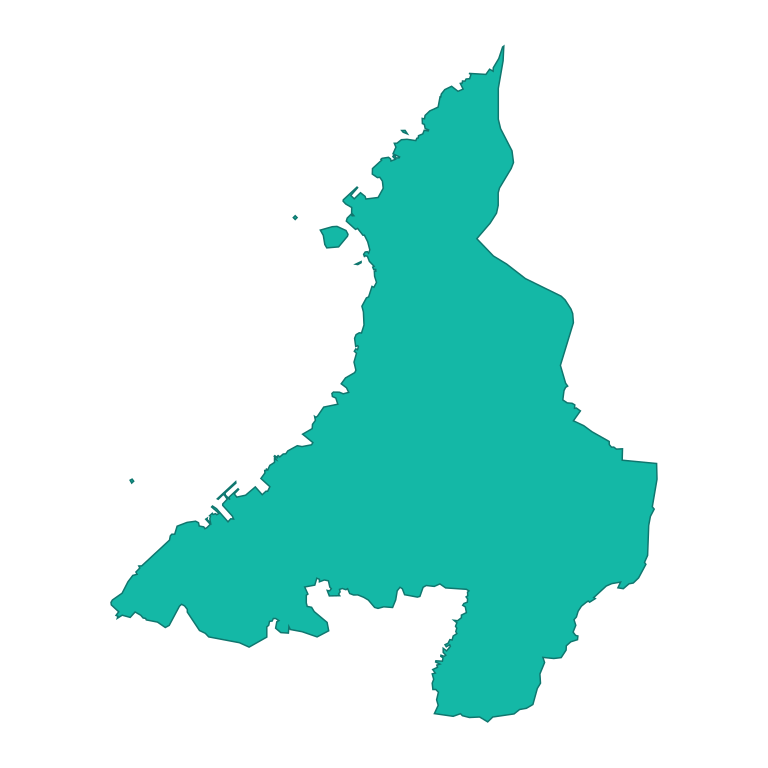 outline of Kota Cilegon, Banten, Indonesia
{"feature_id": "22746128B25933583546422", "entity_name": "Kota Cilegon", "entity_type": "district", "adm_level": 2, "iso_a3": "IDN", "parent_name": "Indonesia", "parent_adm1": "Banten", "projection": "orthographic", "projection_center": [106.002, -5.978], "detail": "fine", "context": "isolated", "style": "filled", "palette": "teal", "viewbox_px": 768, "rotation_deg": 0, "n_neighbors": 0, "source": "geoboundaries", "source_scale": "gbopen_adm2", "svg_char_len": 6113}
<svg xmlns="http://www.w3.org/2000/svg" viewBox="0 0 768 768"><path d="M111.3,604.9L118.7,611.8L116.0,615.4L117.9,616.3L117.3,618.3L122.2,615.2L130.2,617.4L135.1,612.0L140.7,615.2L143.1,618.0L145.6,618.4L146.3,619.9L157.5,622.1L165.3,627.5L169.2,625.4L179.5,606.1L181.6,604.3L184.6,605.9L187.3,609.4L187.3,612.1L199.5,630.5L205.3,633.3L208.7,636.9L239.4,642.7L249.1,647.1L266.8,637.1L266.8,626.9L268.7,625.3L269.5,621.4L272.2,621.0L273.3,618.5L275.7,618.5L278.9,620.6L276.8,621.8L275.6,628.2L280.8,632.6L288.4,633.1L288.9,626.6L290.3,629.5L302.1,631.7L317.1,636.9L328.7,630.8L327.1,622.4L314.2,611.6L311.6,607.3L307.2,606.4L306.3,603.0L306.3,595.2L307.9,594.1L304.7,587.0L314.8,585.1L316.8,578.2L319.4,579.3L319.4,581.8L324.3,580.0L328.4,580.8L329.8,587.1L331.3,588.7L329.6,590.9L327.2,590.4L329.3,595.9L339.7,595.7L338.6,594.0L340.1,591.9L339.5,589.4L342.3,588.5L345.9,589.7L347.6,588.7L349.7,593.5L353.6,595.0L357.8,594.9L363.7,597.3L368.3,600.0L374.6,607.4L378.0,608.4L383.8,606.8L392.6,607.5L395.7,599.9L397.2,590.8L400.0,587.3L402.3,588.7L404.6,594.7L417.4,597.1L419.9,596.4L423.1,587.3L426.2,585.5L434.3,586.4L439.9,583.9L445.6,587.9L466.4,589.3L468.9,590.9L467.5,592.2L467.8,595.7L466.1,596.9L467.6,598.9L467.3,602.2L463.9,603.5L462.7,605.3L465.3,606.9L466.4,612.6L461.4,615.1L461.4,617.7L457.6,620.7L453.9,620.3L456.9,622.8L455.5,626.3L456.8,628.1L455.8,631.6L456.9,633.6L453.2,636.0L452.1,640.0L449.9,639.6L448.1,643.2L445.0,644.7L446.3,646.8L449.7,644.8L450.4,646.3L446.6,650.9L443.2,648.3L443.2,652.4L445.8,655.2L444.2,656.3L441.0,655.2L440.8,656.4L443.0,657.8L442.4,661.2L435.9,660.8L435.6,662.0L439.9,664.1L436.8,665.1L437.5,667.3L432.7,669.5L435.3,673.1L432.2,673.9L433.7,679.3L432.2,683.2L432.9,689.5L435.8,689.5L438.4,692.2L436.6,699.8L438.2,705.3L434.4,713.6L453.2,716.3L460.5,713.7L462.4,715.7L469.4,717.5L479.6,717.0L487.7,721.9L492.8,717.0L514.1,713.9L519.6,709.5L526.4,708.3L532.9,704.5L537.3,688.5L540.5,683.2L539.9,674.0L544.6,662.5L542.9,657.4L553.8,658.5L561.2,657.6L566.1,650.1L566.3,645.8L570.8,641.8L577.5,639.7L577.9,636.0L575.6,635.4L573.1,632.1L575.8,625.3L574.0,619.7L576.4,617.0L578.1,611.3L581.4,606.2L586.6,602.0L588.3,601.1L589.6,602.2L595.3,598.6L593.7,597.6L606.3,586.0L611.8,583.6L620.6,582.1L617.9,587.8L623.3,588.7L629.0,583.8L633.3,583.0L638.6,577.9L645.9,564.3L644.5,562.4L647.6,555.4L648.7,525.5L650.4,516.4L654.2,509.1L652.3,506.8L657.0,479.2L656.6,463.5L622.2,460.2L622.5,448.8L616.4,449.1L613.8,447.1L611.5,447.2L609.3,444.6L609.2,441.5L591.9,431.7L583.8,425.7L573.4,420.8L580.4,410.9L576.3,408.0L574.5,408.3L574.8,404.9L572.1,403.3L567.2,402.9L562.8,399.9L564.0,390.6L565.6,387.4L567.7,386.1L565.6,383.2L560.4,365.4L573.4,322.7L572.7,313.6L571.0,309.1L565.1,299.9L561.2,296.2L525.4,278.6L506.7,264.1L493.4,256.0L476.8,238.7L490.1,223.2L496.5,213.2L498.2,205.4L498.2,192.8L499.5,188.0L511.2,168.5L513.5,162.5L512.0,150.8L500.6,128.7L498.3,119.2L498.3,88.4L503.1,60.8L503.8,46.1L502.6,47.0L498.8,58.5L493.3,67.7L493.1,71.2L489.6,69.2L485.9,74.4L469.0,73.4L471.0,74.4L469.6,78.7L466.1,79.0L464.9,81.2L462.5,81.0L462.3,83.0L460.3,83.4L463.1,89.1L458.0,91.3L451.6,86.3L444.8,89.6L441.3,94.0L440.6,97.7L440.2,96.1L438.1,107.1L429.8,110.9L425.1,115.4L424.5,118.8L422.2,118.4L422.4,123.6L424.3,124.4L425.2,128.5L428.6,129.9L428.2,130.9L424.2,130.3L422.8,133.9L418.5,135.7L418.3,137.9L416.8,138.3L415.8,140.6L407.0,139.3L401.4,139.7L397.0,143.2L394.3,143.3L395.9,147.2L393.0,153.8L399.6,156.9L399.2,157.8L396.0,158.0L395.0,156.0L393.4,155.7L392.8,156.6L395.4,159.3L391.0,161.0L390.6,159.0L388.5,157.3L382.1,158.3L380.9,159.3L381.6,160.2L372.5,168.5L372.3,174.1L377.4,177.6L379.8,177.3L382.4,181.1L383.2,188.3L378.1,197.5L365.9,199.0L365.1,196.4L360.5,192.7L354.2,198.8L350.8,195.5L357.6,187.7L357.0,187.1L343.3,199.8L343.1,201.2L345.7,204.0L351.7,207.5L351.6,213.0L353.8,215.7L352.1,215.8L351.0,214.3L347.2,218.1L346.3,221.1L355.5,229.4L357.6,228.4L362.9,235.2L364.4,235.2L367.7,241.8L369.8,249.8L368.6,253.2L367.3,251.7L365.2,252.0L363.6,254.3L364.6,257.1L364.7,255.5L367.4,256.3L369.4,261.4L374.1,266.3L372.7,267.1L373.6,269.3L375.7,269.4L375.8,271.2L374.3,271.0L374.6,276.3L376.5,282.4L373.9,287.3L372.0,286.4L368.6,296.9L366.4,297.9L361.9,306.2L363.4,311.9L364.0,325.0L361.5,333.0L359.2,332.8L356.1,334.6L354.6,338.3L355.7,346.5L357.7,345.7L358.4,346.8L357.5,349.7L355.8,348.9L354.3,351.3L356.5,353.2L354.0,362.1L355.9,370.2L354.7,372.6L345.5,377.9L341.2,383.8L346.5,387.8L348.7,392.4L343.2,393.8L339.4,392.2L333.4,392.1L331.9,393.5L332.4,396.5L335.8,398.0L337.8,404.2L323.7,407.1L317.5,416.2L315.9,417.3L314.6,416.4L315.4,420.4L312.5,424.3L312.2,428.6L302.6,434.2L312.9,442.6L311.5,444.8L302.0,446.6L297.3,445.7L287.8,450.9L285.8,453.8L283.2,454.0L279.8,456.9L278.1,455.6L276.9,456.8L277.9,458.2L274.8,455.7L274.2,456.3L276.3,459.7L274.5,458.7L274.5,462.4L269.8,465.4L267.7,470.0L266.4,469.1L265.9,470.5L264.7,470.5L264.9,473.0L260.9,478.5L269.9,486.7L267.6,491.3L266.0,491.2L262.2,494.7L255.3,486.9L245.6,495.2L236.8,497.1L234.3,493.9L238.6,489.5L238.0,488.8L229.0,497.2L229.8,499.6L225.4,495.1L225.0,493.0L235.9,483.1L235.7,481.7L217.3,498.8L218.2,499.3L222.8,494.8L224.3,494.9L227.2,499.2L222.7,504.0L222.7,505.4L232.2,515.9L233.6,519.0L230.7,518.8L228.0,521.8L216.5,508.7L212.5,506.0L211.6,507.0L219.0,513.4L216.8,514.7L215.5,513.7L213.0,514.5L212.3,513.3L209.6,515.7L210.5,516.4L209.8,518.8L210.6,523.0L206.9,519.3L207.2,518.2L205.7,519.2L210.3,524.3L206.9,527.7L204.9,528.7L203.8,526.9L199.2,526.0L198.5,522.7L195.6,521.2L187.0,522.4L177.1,526.2L174.7,534.2L171.8,534.2L170.3,535.9L169.5,540.1L141.7,565.9L138.8,566.0L139.8,568.0L135.9,572.0L137.1,574.3L132.8,575.4L128.0,581.7L122.1,593.2L112.4,600.0L111.0,602.4L111.3,604.9ZM346.0,230.5L337.0,226.4L332.3,226.7L320.3,230.1L323.3,235.4L324.8,244.5L326.8,247.9L338.6,246.9L347.5,236.2L348.0,234.3L346.0,230.5ZM295.2,219.5L297.1,217.6L295.2,215.7L293.3,217.6L295.2,219.5ZM407.4,133.9L405.1,130.4L401.7,130.5L403.1,132.2L407.4,133.9ZM131.7,483.1L133.7,481.2L132.1,479.1L130.1,480.2L131.7,483.1ZM357.8,264.6L361.1,262.7L361.1,261.6L355.6,264.2L357.8,264.6Z" fill="#14b8a6" stroke="#0f766e" stroke-width="1.5"/></svg>